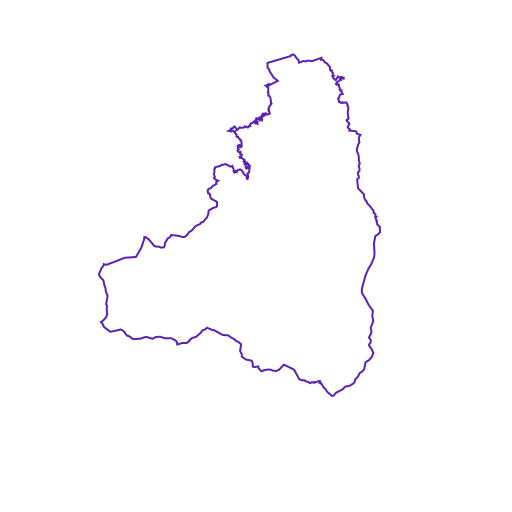 Grosii Tiblesului, Maramures, Romania, rotated 149°
{"feature_id": "2599482B90074952461136", "entity_name": "Grosii Tiblesului", "entity_type": "district", "adm_level": 2, "iso_a3": "ROU", "parent_name": "Romania", "parent_adm1": "Maramures", "projection": "orthographic", "projection_center": [24.114, 47.531], "detail": "fine", "context": "isolated", "style": "outline", "palette": "violet", "viewbox_px": 512, "rotation_deg": 149, "n_neighbors": 0, "source": "geoboundaries", "source_scale": "gbopen_adm2", "svg_char_len": 6112}
<svg xmlns="http://www.w3.org/2000/svg" viewBox="0 0 512 512"><g transform="rotate(149 256 256)"><path d="M210.6,372.6L210.3,369.8L211.0,368.7L211.0,367.9L209.9,367.3L210.3,365.9L209.3,363.6L209.9,363.0L209.4,361.8L212.0,357.2L213.2,357.2L213.7,357.8L213.4,358.3L212.1,358.4L212.9,359.8L215.0,359.9L215.3,358.7L216.2,357.5L215.8,356.3L217.5,355.8L217.6,355.1L217.6,354.5L216.4,353.0L215.0,353.6L217.1,351.5L216.0,350.0L217.2,349.1L219.1,349.4L219.3,348.6L217.7,347.3L216.4,344.3L217.7,343.6L216.9,342.8L217.4,342.5L217.2,341.8L217.8,341.8L217.3,340.7L218.4,340.7L218.4,339.5L216.2,339.3L216.6,340.0L216.3,341.0L215.6,340.8L215.0,337.1L216.9,337.0L217.7,336.3L217.9,337.1L218.7,337.4L219.4,337.1L219.0,336.5L219.2,336.0L217.9,335.4L216.6,336.3L215.4,335.8L218.9,331.1L220.7,331.2L221.9,327.9L223.5,326.4L224.0,326.8L222.9,329.5L224.2,332.3L224.0,336.5L225.1,338.5L227.7,339.0L229.1,338.0L229.2,339.3L229.9,339.4L229.9,338.4L231.6,338.6L231.6,340.0L230.5,341.9L229.9,345.4L231.7,345.6L232.1,346.6L233.1,347.5L233.3,348.6L235.1,350.6L237.1,351.0L238.2,351.9L240.0,351.6L245.4,353.1L246.2,352.0L247.1,351.9L248.6,349.0L249.9,348.2L250.5,345.1L251.9,344.5L251.2,342.3L249.7,340.0L252.1,339.9L252.7,338.2L257.6,338.2L259.3,337.5L262.5,337.8L263.9,336.8L264.7,334.3L263.6,333.2L264.8,329.8L264.9,328.2L261.5,322.4L263.6,319.0L265.1,318.4L267.6,319.3L273.2,319.3L275.3,316.5L278.0,314.4L284.0,312.4L285.9,312.9L287.5,312.2L292.2,312.8L298.1,310.9L301.3,310.9L303.3,309.8L307.0,309.0L308.5,309.6L313.0,314.0L318.1,317.7L319.6,316.5L322.6,316.5L326.1,314.7L327.7,313.6L329.2,311.6L330.5,310.9L333.1,312.1L334.5,314.1L337.3,315.9L338.0,317.2L339.4,325.7L341.1,329.4L342.2,329.7L342.6,328.5L350.1,322.1L359.4,317.0L369.5,322.1L388.1,325.3L389.7,326.2L390.6,327.4L391.9,326.1L394.2,325.4L399.7,321.6L400.2,320.7L400.3,317.8L399.5,314.2L399.6,312.7L400.9,309.6L401.6,306.0L403.0,302.9L403.7,298.3L409.2,292.0L409.4,289.9L411.1,287.7L413.6,282.7L415.8,280.8L420.4,279.4L422.9,279.2L422.5,277.5L422.8,273.3L419.8,266.0L409.7,262.6L408.1,259.7L407.7,254.4L406.0,252.5L404.2,248.0L398.2,244.9L391.8,243.3L387.3,238.3L383.7,238.2L379.8,236.2L376.2,232.2L371.5,229.5L370.2,228.1L368.3,224.5L368.2,222.6L369.1,220.7L364.1,219.4L359.8,217.0L358.0,217.6L356.8,217.4L355.4,218.4L352.8,218.5L348.9,217.6L343.1,218.6L340.3,219.8L336.7,219.3L335.0,219.8L331.8,215.5L330.0,213.8L325.4,205.7L320.5,202.0L319.1,198.4L317.8,196.6L316.8,193.5L315.4,191.4L314.2,188.0L318.5,182.9L318.8,179.0L320.0,177.0L318.0,172.5L313.7,168.6L314.0,166.1L315.7,162.7L314.1,161.3L311.0,160.3L311.6,157.9L310.6,154.2L307.9,154.0L304.7,152.7L302.3,151.3L300.4,148.9L298.0,147.1L295.0,146.6L288.0,148.5L281.9,138.9L282.4,127.9L281.0,126.7L280.4,125.5L278.7,124.8L277.7,122.7L275.8,120.9L275.3,119.2L273.1,119.0L272.0,117.9L271.1,118.1L270.8,117.2L268.1,116.9L265.8,116.0L266.8,114.7L265.9,114.5L266.3,113.4L265.6,112.8L265.7,108.7L265.0,106.0L264.9,102.8L263.0,97.0L261.3,96.4L257.7,97.6L250.4,97.1L246.9,98.1L242.5,96.5L238.0,96.6L236.4,97.2L234.3,99.2L231.0,100.0L227.1,102.4L224.9,102.2L221.8,103.1L216.8,108.5L212.3,108.6L208.3,110.1L205.3,112.5L204.8,117.7L205.2,120.6L204.9,121.7L201.8,123.2L200.9,125.2L201.2,127.9L196.7,130.7L195.6,132.5L194.8,135.3L189.2,139.6L186.9,145.2L184.0,148.8L184.6,156.2L184.1,163.1L184.3,168.7L183.8,170.7L182.2,173.3L172.1,183.0L166.2,187.2L161.7,189.5L155.6,193.9L153.1,197.2L148.4,206.0L143.5,211.6L140.2,211.7L137.3,212.5L135.6,216.2L134.8,216.9L135.8,220.6L134.9,222.8L135.1,223.3L134.2,224.1L134.4,225.8L134.0,226.1L133.6,228.3L132.7,228.0L133.0,228.6L132.1,230.7L133.0,232.5L132.0,233.9L132.8,241.4L133.5,243.1L133.1,246.4L133.6,248.2L132.8,251.5L131.7,253.1L133.6,261.6L129.8,269.7L127.7,269.9L126.7,271.6L126.6,273.5L125.7,275.0L123.4,275.8L122.5,277.1L121.4,280.6L119.6,281.6L118.3,285.5L116.7,288.3L115.9,290.9L115.5,293.7L114.6,295.6L110.9,299.0L108.6,300.4L108.5,301.5L106.7,304.7L104.1,306.0L106.5,308.9L105.9,310.6L106.8,312.1L111.4,315.4L110.3,316.3L110.9,317.5L111.0,319.3L107.8,321.3L108.6,325.4L108.0,326.0L106.6,325.7L105.9,326.2L103.6,331.6L100.2,335.9L100.3,337.8L99.5,338.6L99.5,341.2L102.0,342.1L102.7,342.6L102.7,343.2L104.2,343.3L105.5,345.5L104.8,345.8L104.9,347.3L104.3,348.8L103.5,348.8L100.8,351.1L98.2,350.3L98.2,353.7L97.9,353.8L98.5,354.1L98.5,355.4L98.0,355.3L97.5,358.5L96.7,360.5L98.7,361.3L98.7,362.4L97.6,362.7L97.4,363.3L94.1,363.3L93.4,364.0L92.6,363.3L92.4,364.2L91.9,364.6L89.5,362.9L89.1,363.4L89.9,364.1L89.8,364.6L90.4,365.5L92.6,366.2L93.5,367.1L93.5,367.6L97.1,365.7L97.7,366.8L98.1,370.1L97.8,371.0L96.7,370.7L97.0,371.3L95.7,373.8L96.1,374.9L95.4,376.0L96.6,376.6L96.6,377.5L95.2,380.2L95.8,381.9L95.8,383.9L97.1,386.3L97.7,389.9L99.1,390.6L97.9,392.2L107.5,394.1L110.9,396.8L113.4,397.3L114.9,398.7L119.5,399.5L118.6,402.3L119.3,404.2L119.5,407.8L120.0,409.3L120.7,409.8L123.0,410.0L123.4,409.5L146.7,415.6L149.1,411.4L148.6,409.0L149.2,407.7L149.0,400.4L147.2,394.9L156.9,395.6L156.4,396.7L159.9,397.0L159.0,395.8L159.5,395.3L158.8,394.1L159.8,392.1L161.0,390.9L161.1,389.7L161.7,389.6L162.3,387.4L162.8,387.1L162.1,386.2L162.3,383.9L163.8,380.2L164.6,379.3L164.3,378.6L167.6,377.3L169.7,375.5L169.3,374.8L170.6,373.7L170.3,372.6L170.9,370.9L173.8,371.6L173.7,372.1L174.3,373.5L174.8,373.3L174.9,372.4L175.7,372.4L176.6,373.0L176.2,374.0L176.5,374.4L178.4,373.7L178.3,373.0L176.8,372.1L177.1,371.9L178.3,372.0L179.2,373.8L179.0,373.0L180.1,372.6L180.3,370.0L181.1,369.2L181.7,370.6L182.7,370.5L182.2,371.3L180.7,370.8L180.4,371.8L181.3,371.8L180.8,372.8L182.0,373.0L182.5,372.0L181.9,372.0L182.4,371.6L183.0,373.4L183.1,372.4L183.9,372.3L184.7,373.9L185.7,373.0L185.4,372.6L186.5,371.0L186.1,370.7L186.9,370.2L185.9,369.8L186.6,368.5L188.1,369.9L188.7,371.2L188.0,372.4L190.8,372.0L191.8,372.3L193.5,371.7L194.0,370.3L194.9,371.0L196.3,370.2L196.9,370.4L197.3,371.7L199.0,372.2L199.0,372.9L200.7,372.5L203.2,373.8L203.5,374.6L207.4,373.7L207.4,377.0L207.7,378.1L208.3,378.3L210.1,377.3L211.8,378.1L212.1,377.0L213.1,376.6L213.5,377.2L215.0,377.4L213.3,375.6L211.7,375.2L210.6,374.2L210.7,373.7L209.8,373.7L210.6,372.6Z" fill="none" stroke="#5b21b6" stroke-width="2"/></g></svg>